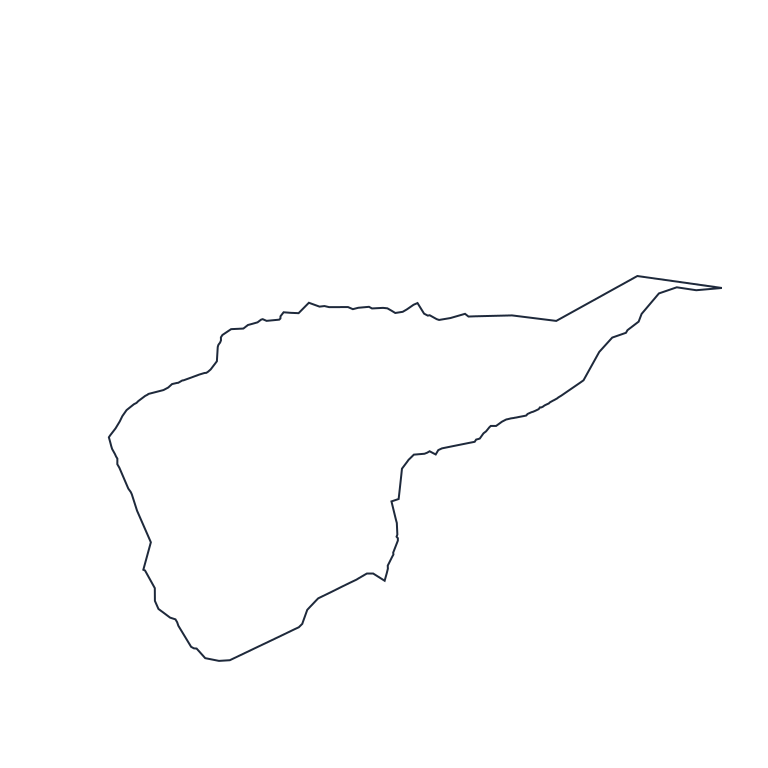 San Francisco Huehuetlán, Puebla, Mexico (orthographic projection), rotated 49°
{"feature_id": "50627088B76288874941262", "entity_name": "San Francisco Huehuetlán", "entity_type": "district", "adm_level": 2, "iso_a3": "MEX", "parent_name": "Mexico", "parent_adm1": "Puebla", "projection": "orthographic", "projection_center": [-96.935, 18.204], "detail": "fine", "context": "isolated", "style": "outline", "palette": "slate", "viewbox_px": 768, "rotation_deg": 49, "n_neighbors": 0, "source": "geoboundaries", "source_scale": "gbopen_adm2", "svg_char_len": 2922}
<svg xmlns="http://www.w3.org/2000/svg" viewBox="0 0 768 768"><g transform="rotate(49 384 384)"><path d="M491.3,681.6L507.6,622.7L510.4,612.4L511.7,607.9L511.4,603.0L510.6,601.7L504.1,590.1L503.7,586.3L502.8,576.8L502.6,574.3L503.8,569.8L506.6,559.4L509.3,548.9L511.6,540.3L513.6,533.1L514.0,530.7L515.3,523.8L515.8,521.3L518.6,518.1L520.0,516.5L532.9,512.6L528.7,506.2L528.5,505.9L525.9,502.2L523.5,500.3L522.3,497.3L520.0,491.8L519.5,490.5L518.9,488.8L517.3,487.7L514.4,482.2L511.3,476.3L509.5,474.7L508.6,474.7L507.5,474.7L506.4,472.7L497.3,465.5L494.2,464.0L477.5,455.4L479.7,450.1L480.4,448.4L473.7,441.1L464.0,430.6L459.7,426.0L458.0,418.0L457.3,415.0L457.3,414.1L456.9,407.8L458.6,405.5L463.2,399.2L464.2,396.4L464.7,393.7L468.1,392.4L471.1,391.2L469.5,386.4L470.6,382.5L472.8,378.6L477.4,370.5L480.7,364.7L484.4,358.2L486.6,354.4L487.1,353.5L486.4,350.9L487.4,348.9L488.0,347.5L486.5,341.3L486.5,341.1L486.7,338.1L486.3,335.7L485.8,333.0L485.7,330.9L489.2,326.9L489.6,322.4L489.8,320.0L489.9,319.4L491.0,314.9L491.5,314.1L492.4,312.4L493.2,310.8L494.1,309.4L494.7,308.5L494.9,308.2L495.1,307.7L496.0,306.3L497.4,303.8L500.2,299.0L501.1,297.3L500.8,295.3L502.0,291.3L502.4,290.4L502.7,289.8L503.5,287.3L504.2,284.7L504.4,284.0L504.3,282.7L503.9,281.8L504.9,280.6L505.4,278.8L505.4,277.9L505.6,276.5L506.5,273.3L506.8,272.5L506.7,270.8L507.5,267.0L507.7,266.4L508.5,262.6L508.5,262.4L508.5,261.3L509.1,257.8L509.8,251.6L511.7,235.0L512.1,231.0L501.0,200.5L498.7,181.3L504.1,167.8L503.1,164.9L504.0,150.9L500.1,143.6L496.0,117.1L503.1,99.6L518.1,86.8L533.2,66.0L468.7,122.0L449.4,212.6L416.2,242.4L392.7,270.8L388.5,276.0L384.2,276.8L377.8,290.6L371.8,300.4L369.6,301.7L362.1,304.4L361.1,306.1L357.2,307.6L344.9,305.6L343.6,309.7L342.7,317.8L341.8,322.5L337.8,328.9L333.7,330.2L329.1,331.8L325.9,334.8L319.1,343.5L315.9,344.7L309.6,353.4L307.1,358.4L302.3,360.7L290.1,374.9L286.1,377.8L283.3,381.9L273.4,387.4L274.5,402.0L268.8,408.0L264.0,412.7L265.0,417.7L266.6,419.2L266.7,420.8L266.1,421.7L259.3,431.2L255.5,433.0L254.8,434.5L254.5,439.0L252.1,444.1L250.2,448.0L249.9,453.7L249.4,454.4L242.3,463.4L241.0,473.8L241.8,476.5L244.1,478.4L245.2,480.5L245.6,482.5L245.9,483.5L247.0,485.2L257.2,495.2L259.3,505.3L259.3,508.9L259.0,510.8L257.9,512.3L255.7,517.2L252.1,526.7L249.7,532.9L249.0,533.9L248.1,538.5L247.4,539.5L245.0,544.0L245.1,549.2L243.9,554.4L236.9,568.4L237.0,569.2L236.3,572.1L235.7,580.6L235.9,583.2L235.2,586.0L234.8,595.4L235.8,599.4L236.6,602.6L238.9,608.0L241.4,615.8L243.1,624.3L243.7,626.6L248.9,629.1L251.9,630.6L254.6,631.8L260.3,633.0L263.0,633.8L265.4,634.2L269.6,637.9L273.7,638.7L295.2,645.6L299.4,646.0L301.8,646.7L317.6,653.5L350.5,663.8L366.3,687.5L368.0,686.7L387.7,690.9L397.4,699.2L405.8,701.8L420.0,698.7L424.8,695.8L428.1,696.4L431.5,697.8L437.3,698.8L455.8,702.0L458.8,700.9L460.7,699.0L473.6,698.8L484.7,690.2L491.3,681.6Z" fill="none" stroke="#1e293b" stroke-width="2"/></g></svg>